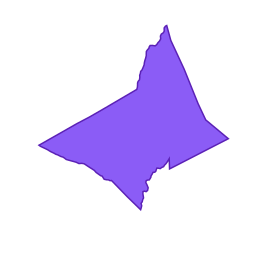 outline of Camalaú, Paraíba, Brazil, rotated 158°
{"feature_id": "56859067B1545976876793", "entity_name": "Camalaú", "entity_type": "district", "adm_level": 2, "iso_a3": "BRA", "parent_name": "Brazil", "parent_adm1": "Paraíba", "projection": "equal_earth", "projection_center": [-36.768, -7.907], "detail": "fine", "context": "isolated", "style": "filled", "palette": "violet", "viewbox_px": 256, "rotation_deg": 158, "n_neighbors": 0, "source": "geoboundaries", "source_scale": "gbopen_adm2", "svg_char_len": 1489}
<svg xmlns="http://www.w3.org/2000/svg" viewBox="0 0 256 256"><g transform="rotate(158 128 128)"><path d="M217.0,145.4L216.1,143.9L214.9,142.6L212.5,140.0L210.7,138.0L208.6,135.1L206.0,132.3L204.7,130.6L203.4,129.6L201.0,126.8L199.2,125.4L198.2,124.0L197.1,122.0L194.8,120.2L192.7,118.6L191.1,117.4L188.9,115.7L186.8,113.4L184.0,112.5L182.0,111.2L180.1,108.4L178.3,105.8L176.5,103.3L175.1,101.3L174.2,98.7L171.2,94.0L170.0,93.1L169.3,89.4L167.4,88.1L165.5,87.2L164.4,85.9L163.0,85.5L162.1,83.4L154.4,64.5L146.9,47.5L145.6,49.1L144.4,50.8L144.1,53.3L142.5,54.2L141.1,56.2L139.8,57.3L139.3,59.4L138.8,61.6L137.9,63.4L136.4,63.3L135.1,62.2L133.3,62.7L131.7,65.0L131.7,68.2L131.9,70.9L130.8,72.4L129.3,72.4L127.7,71.9L125.4,73.6L124.5,75.0L123.1,76.0L121.4,77.5L119.7,77.0L118.4,77.5L117.4,78.8L116.2,80.0L115.0,79.4L113.4,78.3L111.3,78.8L109.5,78.8L108.0,79.9L106.1,80.7L104.4,81.8L102.9,82.9L101.3,84.1L104.8,74.5L99.1,75.0L39.0,80.5L52.9,106.4L53.9,124.3L53.9,161.5L55.5,193.2L53.7,208.5L55.1,208.4L57.0,207.2L58.2,204.1L59.8,203.0L61.9,202.6L63.5,201.1L64.3,198.4L66.1,196.9L68.4,195.8L70.2,194.5L72.1,194.0L74.4,195.4L76.6,196.2L77.9,195.3L78.9,194.0L80.5,193.3L82.3,192.1L83.3,189.9L84.0,188.2L85.6,186.0L87.1,184.2L88.3,182.5L89.4,180.5L91.7,178.1L93.5,176.4L95.0,175.8L96.0,174.1L97.4,172.5L98.1,170.5L99.3,168.4L101.2,167.4L102.3,166.1L103.0,164.4L104.0,162.3L105.4,160.5L141.9,155.1L159.8,152.6L173.7,151.2L217.0,145.4Z" fill="#8b5cf6" stroke="#5b21b6" stroke-width="1.5"/></g></svg>